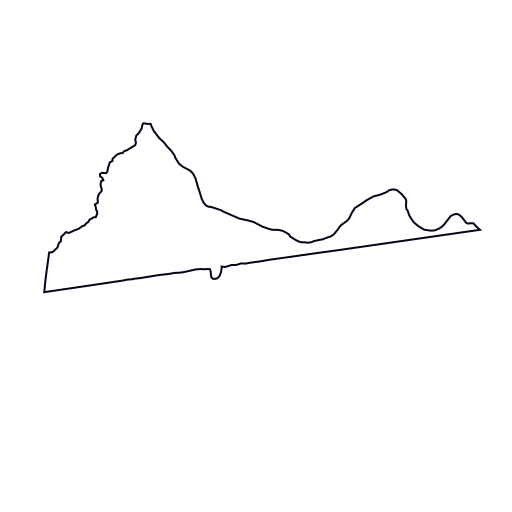 the district of São Pedro da Água Branca, Maranhão, Brazil, rotated 210°
{"feature_id": "56859067B57838857219680", "entity_name": "São Pedro da Água Branca", "entity_type": "district", "adm_level": 2, "iso_a3": "BRA", "parent_name": "Brazil", "parent_adm1": "Maranhão", "projection": "albers", "projection_center": [-48.406, -5.139], "detail": "fine", "context": "isolated", "style": "outline", "palette": "ink", "viewbox_px": 512, "rotation_deg": 210, "n_neighbors": 0, "source": "geoboundaries", "source_scale": "gbopen_adm2", "svg_char_len": 2594}
<svg xmlns="http://www.w3.org/2000/svg" viewBox="0 0 512 512"><g transform="rotate(210 256 256)"><path d="M268.5,238.5L265.0,242.3L261.5,244.0L257.9,247.1L250.1,253.1L242.8,259.2L206.5,287.6L184.6,304.6L182.6,306.2L172.3,314.3L75.1,390.7L80.1,391.7L84.1,393.0L86.4,391.8L88.7,390.0L90.8,389.9L95.2,391.8L97.8,392.8L100.6,393.2L102.5,393.1L104.6,391.8L106.4,389.6L107.4,387.8L108.8,377.5L109.5,374.7L110.7,372.0L113.3,368.4L115.2,366.6L118.1,365.0L123.4,362.9L130.0,363.0L134.4,363.7L136.8,364.3L141.2,366.4L143.7,367.9L147.5,371.2L149.4,372.0L151.1,374.3L153.4,378.8L154.8,380.2L160.8,382.4L166.9,383.5L170.1,382.5L172.0,381.1L173.4,379.7L175.0,376.4L179.1,371.2L184.1,366.3L188.3,359.2L189.7,356.0L194.4,347.0L194.6,340.9L194.1,335.3L194.7,332.1L197.9,324.9L198.5,319.4L198.8,317.4L199.4,313.8L201.0,310.4L202.5,308.7L204.2,306.8L206.6,303.7L209.0,301.8L211.5,299.5L213.3,297.8L215.0,295.6L216.7,294.2L218.8,292.9L221.3,291.9L223.1,290.8L225.4,290.0L230.3,289.7L236.3,290.0L238.0,291.1L242.0,291.3L245.7,291.1L249.5,289.9L255.3,286.7L259.4,285.7L265.4,284.6L274.5,284.3L280.0,283.0L289.1,280.1L306.8,278.1L309.6,278.1L312.9,277.4L319.1,276.1L321.9,274.9L324.6,274.8L327.9,275.9L329.5,277.0L331.5,278.3L338.4,284.7L341.3,287.2L347.1,292.9L352.0,296.0L354.6,296.7L356.4,297.0L364.0,296.7L368.9,297.5L375.3,300.9L376.9,302.4L382.1,304.8L387.2,306.2L392.7,308.4L398.6,309.7L406.9,313.1L411.1,315.9L413.2,317.7L417.1,315.7L419.9,314.7L419.9,312.4L418.8,309.2L418.9,307.1L418.9,304.0L419.9,300.4L418.7,296.2L416.8,294.4L416.0,291.7L420.8,282.8L422.6,280.9L423.0,278.4L424.9,277.2L427.2,274.1L428.8,268.4L427.8,266.6L429.4,264.1L428.5,259.6L427.7,256.7L426.9,254.7L427.3,252.7L430.9,251.1L432.1,248.9L430.7,246.9L428.3,246.9L426.1,245.3L427.5,243.6L426.6,240.6L424.9,238.4L423.2,237.0L422.2,235.4L423.0,230.7L422.3,227.3L421.2,225.4L419.6,223.2L421.3,220.0L419.0,218.0L417.7,216.2L415.8,215.1L414.7,213.2L414.2,209.5L416.0,208.3L417.0,206.3L418.3,204.3L418.3,201.6L419.4,199.3L419.7,196.9L421.4,194.9L422.9,191.5L424.4,189.3L426.0,187.6L427.6,185.2L429.5,182.4L432.5,181.7L433.4,178.2L434.3,175.4L432.4,171.0L433.2,168.7L432.2,164.0L433.6,159.1L434.6,157.2L436.9,155.6L427.1,131.7L421.3,118.8L359.0,168.2L355.4,171.4L351.9,173.7L349.9,175.6L345.3,178.9L330.9,190.7L322.1,197.2L318.4,200.4L313.3,203.7L310.2,206.2L303.9,212.0L301.3,214.4L297.3,217.1L293.6,219.0L291.6,220.4L289.3,221.6L287.6,220.0L285.6,217.2L284.0,215.2L281.9,214.7L279.6,216.0L278.3,217.4L277.6,220.4L278.0,223.5L279.3,227.6L280.5,229.7L277.3,231.0L272.6,236.0L268.5,238.5Z" fill="none" stroke="#020617" stroke-width="2"/></g></svg>